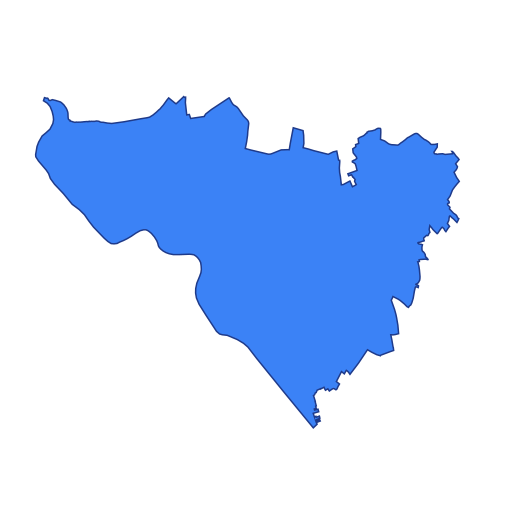 Sancraiu De Mures, Mures, Romania, rotated 85°
{"feature_id": "2599482B65716467004344", "entity_name": "Sancraiu De Mures", "entity_type": "district", "adm_level": 2, "iso_a3": "ROU", "parent_name": "Romania", "parent_adm1": "Mures", "projection": "robinson", "projection_center": [24.501, 46.544], "detail": "fine", "context": "isolated", "style": "filled", "palette": "blue", "viewbox_px": 512, "rotation_deg": 85, "n_neighbors": 0, "source": "geoboundaries", "source_scale": "gbopen_adm2", "svg_char_len": 5969}
<svg xmlns="http://www.w3.org/2000/svg" viewBox="0 0 512 512"><g transform="rotate(85 256 256)"><path d="M82.8,454.2L85.6,450.6L89.1,448.1L94.3,446.5L99.1,445.8L102.6,445.8L106.3,446.8L111.7,450.2L115.2,454.8L117.8,458.6L123.6,462.6L127.8,464.6L135.8,466.7L138.0,466.7L142.4,464.4L152.1,457.5L155.9,455.4L160.9,454.1L167.0,450.4L177.1,442.4L188.5,434.6L194.4,428.0L199.9,423.3L206.4,419.6L213.1,415.3L225.0,405.7L228.6,402.3L231.0,399.2L231.5,396.4L231.4,393.3L230.3,390.7L229.0,386.6L227.5,382.8L225.5,378.6L222.7,373.6L220.7,369.2L220.1,365.7L220.3,363.3L221.3,361.5L222.5,360.1L224.4,358.2L228.2,355.5L232.0,353.6L234.5,352.8L237.5,352.3L239.1,351.6L240.9,350.2L242.9,348.1L244.7,345.5L246.2,342.3L247.4,338.2L247.9,332.5L248.4,322.2L248.8,320.0L249.4,317.7L250.9,315.8L252.4,314.4L254.9,312.8L257.7,311.7L261.1,311.5L264.6,311.6L267.8,312.3L271.3,313.9L277.9,317.3L283.2,318.9L287.6,319.4L292.6,319.0L299.1,316.9L310.6,311.0L327.6,301.9L330.5,299.1L331.5,296.5L332.5,291.6L337.6,281.9L341.9,276.0L346.0,272.0L358.5,264.0L394.2,239.9L432.2,213.9L428.9,209.8L427.2,210.4L426.0,206.4L424.8,206.8L426.0,210.7L424.6,211.1L423.3,206.6L422.3,206.9L422.2,206.6L421.0,206.8L421.9,210.1L420.9,210.3L421.3,211.7L421.6,211.8L417.7,212.7L416.6,207.1L414.0,207.6L414.6,211.1L413.5,211.3L412.9,209.3L410.8,209.7L410.6,209.0L406.0,209.8L405.9,209.6L400.0,210.9L399.4,209.8L397.5,208.8L397.3,208.0L395.0,206.8L393.8,203.2L394.1,203.2L392.7,199.7L394.7,199.0L395.8,198.5L394.6,196.0L396.9,194.7L395.4,192.1L394.9,191.0L394.8,190.5L394.8,190.2L395.1,189.5L396.2,188.2L396.1,187.6L395.8,187.2L394.9,186.6L393.2,185.7L390.8,184.0L388.1,186.9L378.6,180.9L381.1,178.3L377.8,176.0L378.6,175.0L379.8,174.0L382.1,172.7L371.6,163.2L359.1,153.1L362.0,149.0L364.3,145.2L364.8,144.4L366.2,140.8L365.9,140.7L365.6,140.1L362.9,130.4L362.1,127.1L359.0,127.2L358.5,127.4L351.2,128.0L346.2,128.6L346.5,126.4L346.4,124.3L345.8,120.7L337.4,120.7L329.9,121.3L326.5,121.7L321.5,122.6L311.8,125.1L309.9,123.9L308.3,123.1L311.4,118.1L312.9,116.2L316.8,112.3L319.6,110.0L320.5,108.6L319.1,107.5L318.3,106.1L316.3,104.9L311.8,103.1L304.6,101.2L301.0,100.0L300.7,99.6L300.8,98.8L301.6,97.2L299.9,96.7L299.3,97.3L298.8,98.2L298.8,98.8L298.4,99.2L297.9,99.0L297.6,97.9L296.8,96.7L294.5,95.1L293.0,94.7L290.9,94.4L284.4,94.4L280.5,94.6L276.9,95.1L275.9,95.4L275.7,93.7L274.0,93.9L273.8,92.4L273.9,87.4L274.6,85.3L274.6,85.0L274.4,84.9L272.2,86.4L272.2,86.8L271.5,87.2L269.2,87.3L267.2,88.3L266.0,89.3L266.0,89.6L265.0,90.0L263.7,90.1L261.4,89.9L259.3,89.2L258.7,90.5L258.6,91.3L258.1,92.9L257.4,93.5L257.0,93.6L256.8,93.4L256.6,92.6L256.6,91.7L256.2,89.9L255.8,88.8L255.7,87.4L255.5,87.1L253.7,87.5L252.9,87.4L252.4,87.2L251.7,86.1L250.3,84.3L250.7,83.1L250.2,82.6L249.7,82.2L249.0,82.1L247.6,80.7L244.7,81.2L240.9,80.2L243.4,78.4L245.1,77.4L249.5,73.7L249.5,73.3L249.1,72.9L245.3,69.8L243.8,68.5L243.6,68.0L243.6,67.8L245.2,66.4L247.0,65.7L248.3,64.7L244.7,61.9L243.4,60.6L240.3,62.5L237.3,60.8L235.3,60.4L233.7,60.0L233.1,59.7L233.1,59.0L234.8,57.6L236.4,55.9L240.1,52.9L239.4,52.4L236.5,50.7L235.9,51.5L235.0,52.0L234.0,52.3L232.8,52.9L231.6,54.2L230.6,55.5L225.9,59.2L224.4,58.5L222.3,60.2L221.7,60.6L221.0,60.7L220.5,60.5L220.2,60.1L220.1,59.2L219.9,58.9L219.1,58.8L217.9,59.3L216.6,60.3L213.1,57.4L207.3,54.5L204.4,52.0L201.4,49.1L199.4,47.0L195.3,49.3L189.8,51.4L187.5,49.0L185.9,48.0L184.6,47.5L181.5,49.1L177.6,45.3L175.9,46.3L173.7,48.1L170.5,50.0L169.0,51.2L168.9,51.8L169.6,51.4L170.4,51.2L171.3,51.2L171.3,58.8L170.4,61.1L170.3,65.0L170.5,66.9L170.0,67.5L169.9,68.7L169.7,69.1L169.2,69.5L168.1,69.7L163.4,66.0L160.1,65.6L160.4,68.2L160.3,70.1L160.1,71.9L159.7,72.3L158.4,73.2L157.1,74.5L155.2,76.9L154.7,78.0L152.3,80.6L148.9,83.7L148.4,84.3L148.0,85.0L147.9,85.7L147.9,86.6L148.2,87.7L151.0,93.6L151.2,94.3L151.9,95.5L153.0,96.9L155.1,100.2L156.0,101.9L157.6,104.2L157.9,105.3L157.5,107.5L156.9,111.4L156.2,113.4L155.5,114.5L153.0,117.3L152.4,118.2L150.7,121.8L143.7,120.9L140.4,120.7L139.7,121.1L139.4,123.3L140.0,125.0L140.8,126.4L141.4,129.4L141.6,133.2L142.1,133.9L142.4,134.7L143.2,134.8L143.4,135.5L145.2,137.7L145.8,138.9L146.8,142.0L147.9,144.0L152.8,143.9L153.7,147.1L155.8,147.0L157.7,150.3L161.6,150.2L162.5,149.7L166.1,147.3L167.6,147.1L168.8,148.9L169.2,150.4L169.9,151.8L170.8,151.8L171.5,150.6L172.8,149.1L175.3,148.5L179.6,147.9L182.1,157.3L184.2,156.7L183.4,153.7L185.9,152.7L186.1,152.0L187.0,151.7L187.8,151.0L188.5,150.6L190.0,151.3L191.0,151.0L193.6,149.9L194.3,151.2L195.4,153.9L189.5,155.9L192.4,162.8L192.5,164.8L184.3,165.0L180.3,165.4L175.6,165.3L169.2,164.3L168.0,164.3L168.0,164.9L167.6,165.4L158.5,166.4L159.0,170.0L161.0,175.2L156.2,189.0L154.0,194.5L152.2,199.6L148.1,198.5L139.9,198.0L135.2,198.2L131.5,207.7L146.3,211.9L153.0,213.6L152.8,215.4L152.5,221.7L155.3,230.9L155.7,232.6L155.7,234.0L155.6,235.0L149.9,252.1L148.0,257.3L141.5,255.4L135.1,253.9L131.1,253.3L123.5,251.7L121.9,251.8L120.7,252.2L119.7,252.8L115.3,256.4L107.5,260.8L105.7,262.2L103.5,265.2L102.9,265.7L100.8,266.9L96.2,268.8L96.1,269.1L106.2,287.7L110.2,293.8L112.1,295.2L112.5,295.3L113.3,309.1L109.2,310.1L109.4,312.7L97.0,313.0L93.0,312.4L91.6,312.3L91.7,313.5L90.9,314.1L95.3,319.6L96.8,321.5L97.4,322.4L96.2,323.8L90.9,329.2L92.7,331.0L97.7,335.3L99.0,336.7L101.4,339.1L101.9,340.0L104.0,342.6L106.5,346.2L108.4,349.9L108.8,352.6L109.2,358.3L110.8,375.9L111.4,388.2L110.6,392.6L109.5,396.5L109.2,398.9L108.9,399.6L108.5,400.0L108.0,401.2L107.6,403.1L107.8,405.1L107.6,407.7L107.4,408.5L107.6,409.5L107.5,410.0L107.2,410.3L107.2,410.6L107.5,410.9L107.5,412.2L107.3,412.5L107.3,416.8L107.4,417.4L107.3,417.9L107.4,418.8L107.3,419.4L107.1,422.8L106.9,423.3L107.1,424.7L106.6,426.2L105.7,428.2L105.4,429.4L104.7,429.3L103.7,430.8L103.1,431.0L101.5,431.1L97.7,430.9L96.2,431.0L93.8,431.6L92.2,432.2L88.6,434.3L86.2,436.5L85.4,437.6L83.6,442.0L82.5,445.3L83.2,447.5L82.9,448.6L80.8,449.6L80.5,450.2L80.6,450.9L79.8,452.9L82.8,454.2Z" fill="#3b82f6" stroke="#1e3a8a" stroke-width="1.5"/></g></svg>